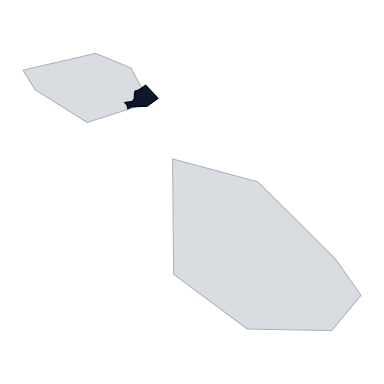 location of Qala within Malta
{"feature_id": "MLT-5980", "entity_name": "Qala", "entity_type": "state/province", "adm_level": 1, "iso_a3": "MLT", "parent_name": "Malta", "parent_adm1": "", "projection": "natural_earth1", "projection_center": [14.311, 36.036], "detail": "fine", "context": "in_parent", "style": "filled", "palette": "ink", "viewbox_px": 384, "rotation_deg": 0, "n_neighbors": 0, "source": "natural_earth", "source_scale": "10m", "svg_char_len": 538}
<svg xmlns="http://www.w3.org/2000/svg" viewBox="0 0 384 384"><path d="M361.0,295.3L331.6,330.6L247.3,329.0L173.6,274.2L172.6,159.0L257.7,181.8L335.4,259.0L361.0,295.3ZM139.6,105.7L87.1,122.4L35.2,89.8L23.0,70.1L95.6,53.4L131.0,68.0L146.1,96.3L139.6,105.7Z" fill="#d9dde1" stroke="#a8b0b8" stroke-width="1"/><path d="M145.6,85.4L157.7,98.3L147.0,106.1L131.7,106.7L127.9,108.5L127.2,105.2L125.1,102.6L132.4,101.6L134.4,98.8L134.6,93.6L135.3,91.1L138.4,90.3L141.5,88.3L145.6,85.4Z" fill="#0f172a" stroke="#020617" stroke-width="1.5"/></svg>